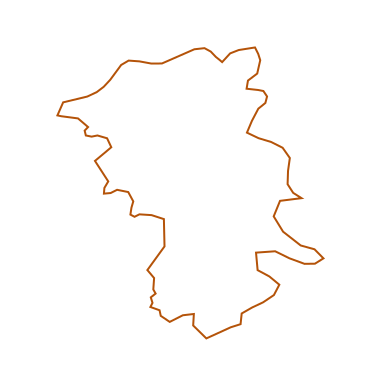 SVG path tracing the border of Mātara, rotated 163°
{"feature_id": "LKA-2466", "entity_name": "Mātara", "entity_type": "District", "adm_level": 1, "iso_a3": "LKA", "parent_name": "Sri Lanka", "parent_adm1": "", "projection": "mercator", "projection_center": [80.546, 6.16], "detail": "fine", "context": "isolated", "style": "outline", "palette": "amber", "viewbox_px": 384, "rotation_deg": 163, "n_neighbors": 0, "source": "natural_earth", "source_scale": "10m", "svg_char_len": 1351}
<svg xmlns="http://www.w3.org/2000/svg" viewBox="0 0 384 384"><g transform="rotate(163 192 192)"><path d="M298.3,304.6L289.0,315.4L264.2,313.9L253.8,315.4L245.7,318.4L237.4,323.2L222.6,334.2L218.4,335.2L214.2,336.2L204.1,332.3L193.5,326.8L187.3,324.9L183.1,323.7L148.0,327.8L138.0,325.9L133.0,320.8L129.7,314.2L127.1,310.4L125.2,307.4L115.0,313.4L105.8,314.1L89.5,311.8L89.4,311.2L88.3,304.7L88.2,298.1L95.0,286.2L105.9,282.2L109.6,274.8L98.9,270.2L94.2,267.7L92.3,261.4L95.8,255.7L104.2,252.3L113.9,242.5L122.1,232.7L112.6,224.0L101.7,216.7L92.4,207.8L88.5,195.9L94.0,184.1L98.3,171.5L95.5,161.6L89.1,154.1L110.4,157.8L121.0,144.8L116.5,127.4L103.7,109.1L91.6,101.4L85.7,90.1L95.4,87.5L105.4,90.4L118.2,100.1L129.8,111.0L148.5,115.3L152.1,98.1L142.7,88.6L135.6,77.8L143.8,69.5L156.3,65.7L168.1,64.0L180.0,61.3L184.2,51.4L194.5,51.3L221.1,47.8L229.9,64.0L225.9,74.8L236.8,76.8L251.3,74.3L258.1,82.7L257.6,88.4L265.4,94.2L262.2,97.5L262.2,103.3L256.5,105.5L257.5,110.1L253.4,120.8L257.5,130.4L234.2,148.0L226.8,174.3L237.4,181.7L248.8,186.0L254.2,185.1L257.5,188.4L254.5,194.7L250.9,200.2L253.0,210.6L263.0,216.0L270.1,214.8L276.7,216.2L274.6,221.5L269.0,226.6L275.7,250.1L256.1,258.4L257.5,268.2L265.9,273.7L271.8,274.3L277.0,277.1L276.7,282.1L272.4,284.5L279.5,295.7L294.9,302.7L298.3,304.6Z" fill="none" stroke="#b45309" stroke-width="2"/></g></svg>